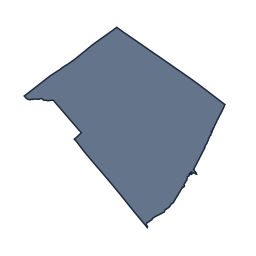 outline of Quilmes, Buenos Aires, Argentina, rotated 83°
{"feature_id": "61730980B6528535412911", "entity_name": "Quilmes", "entity_type": "district", "adm_level": 2, "iso_a3": "ARG", "parent_name": "Argentina", "parent_adm1": "Buenos Aires", "projection": "albers", "projection_center": [-58.244, -34.74], "detail": "fine", "context": "isolated", "style": "filled", "palette": "slate", "viewbox_px": 256, "rotation_deg": 83, "n_neighbors": 0, "source": "geoboundaries", "source_scale": "gbopen_adm2", "svg_char_len": 5373}
<svg xmlns="http://www.w3.org/2000/svg" viewBox="0 0 256 256"><g transform="rotate(83 128 128)"><path d="M229.3,121.0L229.1,120.8L228.7,120.7L228.6,120.8L228.3,120.8L227.9,120.7L227.7,120.8L227.2,121.2L227.0,121.4L226.7,121.4L225.5,121.7L225.4,121.6L225.0,121.3L224.7,121.1L224.6,120.9L224.4,120.6L224.4,120.4L224.2,120.1L224.0,119.9L223.9,119.6L223.9,119.3L223.5,118.6L223.4,118.2L223.1,117.8L222.9,117.6L222.7,117.3L222.6,117.0L222.4,116.6L222.3,116.2L222.2,115.9L222.0,115.6L221.8,115.3L221.5,115.2L221.2,115.1L221.0,114.9L220.7,114.5L220.5,114.2L220.4,114.0L220.0,113.4L219.9,113.0L219.7,112.6L219.4,112.3L219.3,112.0L219.0,111.3L219.0,111.0L218.9,110.8L218.9,110.5L218.8,110.2L218.5,109.9L218.5,109.7L218.3,109.3L218.2,108.8L218.1,108.5L218.0,107.9L217.8,107.5L217.6,107.0L217.4,106.6L217.3,106.1L217.2,105.7L217.0,105.4L216.8,104.9L216.4,104.2L216.3,103.7L216.2,103.5L216.2,103.1L216.1,102.9L216.0,102.7L215.8,102.3L215.4,102.0L215.1,101.9L214.8,101.7L214.5,101.6L213.9,101.2L213.5,100.7L213.4,100.4L213.2,100.1L213.2,99.8L213.0,99.5L212.8,99.3L212.6,98.9L212.4,98.4L212.3,98.2L212.2,97.9L212.1,97.6L212.0,97.3L211.7,97.0L211.3,96.7L211.1,96.4L210.9,96.1L210.6,96.0L210.5,95.9L210.4,95.7L210.2,95.6L209.9,95.4L209.5,95.0L209.3,94.8L209.1,94.8L208.8,94.5L208.8,94.3L208.7,94.0L208.6,93.8L208.1,93.2L207.9,92.9L207.9,92.7L207.8,92.4L207.4,91.8L207.2,91.7L206.8,91.5L206.7,91.4L206.4,91.3L206.1,91.1L205.9,90.8L205.7,90.6L205.1,90.2L204.7,89.9L204.4,89.7L204.2,89.5L203.8,89.2L203.6,89.1L203.4,88.9L203.2,88.7L202.5,88.3L202.1,88.1L202.1,87.8L201.8,87.6L201.6,87.5L201.3,87.3L201.0,87.1L200.9,86.8L200.5,86.5L200.3,86.4L200.0,86.3L199.7,86.1L199.3,85.8L198.7,85.3L198.4,85.1L198.4,84.9L198.1,84.6L197.9,84.5L197.7,84.5L197.3,84.2L196.9,83.9L196.5,83.6L196.1,83.2L195.3,82.6L194.8,82.2L194.7,82.0L194.4,81.7L194.1,81.6L193.7,81.3L193.5,81.2L193.4,81.0L193.2,80.8L193.2,80.7L193.3,80.5L193.4,80.4L193.5,80.2L193.3,79.9L193.1,79.7L192.8,79.2L192.5,79.0L192.1,79.0L191.6,79.2L191.5,79.3L191.1,79.3L190.9,79.3L188.8,77.6L188.5,77.4L187.4,76.5L187.2,76.3L187.1,76.2L186.8,75.9L186.6,76.0L186.4,75.9L184.8,75.3L184.3,75.2L184.0,75.1L183.8,74.9L183.5,74.9L183.3,74.7L183.3,74.4L183.2,73.9L183.1,73.6L182.5,73.1L182.3,72.9L182.0,72.9L181.9,72.8L181.8,72.6L181.6,72.7L181.3,72.7L181.2,72.7L180.9,72.5L180.6,72.4L180.5,72.1L180.5,71.9L181.2,71.9L181.4,71.8L181.5,71.8L181.7,71.6L181.7,71.2L181.7,70.9L181.6,70.4L181.4,70.2L181.2,70.0L180.7,70.6L180.4,70.9L180.1,71.1L180.0,71.5L179.3,70.4L179.5,70.2L180.0,69.5L180.2,69.1L180.5,68.8L180.5,68.5L180.7,68.1L181.0,67.6L181.6,66.7L181.9,66.2L182.1,66.0L182.2,65.6L181.6,65.7L181.2,65.7L180.5,66.0L180.1,66.2L179.8,66.5L179.5,66.6L179.2,66.8L178.9,67.0L178.7,67.1L178.4,67.3L178.1,67.3L177.8,67.4L177.6,67.4L177.5,67.5L177.4,67.7L177.2,68.0L175.3,66.7L169.7,62.8L160.7,56.7L160.4,56.5L156.7,54.0L156.4,54.3L156.1,54.2L155.8,54.0L155.5,53.7L155.2,53.5L154.9,53.5L154.7,53.2L154.4,52.9L153.8,52.5L153.4,52.1L153.2,51.9L153.1,51.7L152.8,51.5L152.1,51.2L151.9,51.1L151.5,50.9L150.8,50.4L150.5,50.3L150.2,50.1L150.0,49.9L149.7,49.8L149.4,49.6L149.1,49.6L148.6,49.2L148.3,49.2L148.2,49.2L147.8,49.0L147.2,48.4L146.9,48.3L146.7,48.2L146.4,48.0L146.2,47.8L145.8,47.7L145.5,47.4L145.3,47.0L145.3,46.8L144.9,46.6L144.6,46.6L144.1,46.4L143.9,46.2L143.7,46.0L143.4,45.8L143.2,45.7L142.9,45.5L142.6,45.4L142.3,45.3L142.0,45.4L141.8,45.5L141.7,45.7L141.6,45.8L141.4,45.7L141.5,45.4L141.6,45.2L141.7,44.9L141.3,44.7L141.1,44.5L140.8,44.4L140.5,44.3L140.2,44.2L139.9,44.2L139.7,44.2L139.5,43.7L139.4,43.6L139.1,43.4L138.8,43.5L138.7,43.5L138.5,43.2L138.2,42.8L137.9,42.6L137.6,42.4L137.2,42.2L136.6,42.0L136.1,41.7L135.9,41.5L135.6,41.2L135.2,41.0L134.9,40.8L134.6,40.7L133.9,40.1L133.4,39.8L132.9,39.5L132.4,39.3L132.1,39.1L131.8,38.9L131.4,38.7L131.0,38.6L130.9,38.5L130.7,38.2L130.4,37.9L129.8,37.5L129.4,37.2L129.0,37.1L128.8,37.0L128.6,37.0L128.5,36.8L128.4,36.6L128.1,36.3L127.7,36.1L127.4,35.9L127.1,35.8L126.8,35.6L126.6,35.4L126.0,35.1L125.8,34.8L125.5,34.6L125.2,34.3L124.9,34.1L124.6,34.0L124.3,33.9L124.2,33.6L123.7,33.4L122.8,32.6L122.2,32.5L121.9,32.4L121.7,32.1L121.1,31.6L120.7,31.4L120.2,31.0L119.9,30.9L118.6,30.1L117.7,29.7L117.4,29.6L117.0,29.4L116.8,29.1L116.5,28.9L116.2,29.3L93.1,52.9L87.5,58.9L59.7,90.0L57.3,92.8L44.5,107.1L32.4,120.8L26.7,126.9L30.3,133.3L36.8,145.3L40.2,151.5L40.7,152.3L42.4,155.2L45.0,159.2L53.8,173.3L58.0,181.3L58.0,181.8L59.9,185.5L60.4,186.5L61.0,187.4L61.7,188.3L62.6,190.4L66.5,198.5L76.3,214.8L83.6,227.1L86.1,225.3L86.4,225.0L86.6,224.7L86.9,224.4L87.1,224.2L87.3,223.9L87.6,223.3L87.7,222.8L87.8,222.5L88.1,221.8L88.1,221.4L87.9,221.0L87.8,220.6L87.7,220.3L87.7,219.8L88.0,219.3L88.1,218.7L87.9,218.2L87.9,217.5L88.0,216.9L88.1,216.2L88.1,215.5L88.2,215.1L88.5,213.9L88.6,213.4L88.7,212.7L88.5,212.0L88.3,211.7L88.2,211.3L88.2,211.0L88.2,210.4L88.3,209.9L88.6,209.6L88.9,209.5L89.2,209.3L89.4,209.0L89.8,208.5L90.1,208.2L90.3,207.8L90.3,207.4L90.4,206.7L90.4,206.3L90.6,205.5L90.8,205.2L90.9,204.9L91.1,204.6L91.2,204.0L91.2,203.2L91.2,202.8L91.1,202.3L91.2,201.9L91.2,201.5L91.1,200.9L91.1,200.4L91.2,200.0L91.2,199.7L91.3,199.2L91.3,198.8L105.7,189.2L122.9,177.7L127.0,174.9L130.7,179.8L132.5,182.7L135.1,180.8L140.6,177.6L146.7,174.0L155.5,168.3L172.2,157.2L182.3,150.6L192.2,144.3L211.3,132.5L228.2,121.6L228.9,121.2L229.3,121.0Z" fill="#64748b" stroke="#1e293b" stroke-width="1.5"/></g></svg>